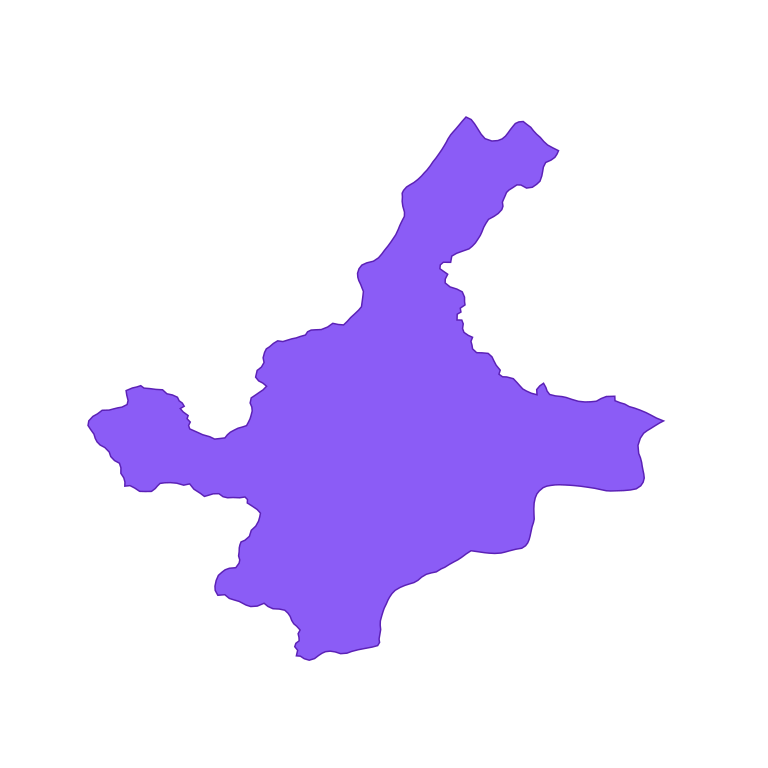 Boa Esperança, Minas Gerais, Brazil (Equal Earth projection), rotated 102°
{"feature_id": "56859067B93619911659147", "entity_name": "Boa Esperança", "entity_type": "district", "adm_level": 2, "iso_a3": "BRA", "parent_name": "Brazil", "parent_adm1": "Minas Gerais", "projection": "equal_earth", "projection_center": [-45.644, -21.057], "detail": "fine", "context": "isolated", "style": "filled", "palette": "violet", "viewbox_px": 768, "rotation_deg": 102, "n_neighbors": 0, "source": "geoboundaries", "source_scale": "gbopen_adm2", "svg_char_len": 5761}
<svg xmlns="http://www.w3.org/2000/svg" viewBox="0 0 768 768"><g transform="rotate(102 384 384)"><path d="M516.0,215.1L512.8,211.9L509.6,210.4L506.1,209.7L502.3,209.5L497.5,209.5L492.9,209.5L488.4,209.0L484.9,209.0L480.3,210.2L474.9,211.5L469.2,212.4L464.0,212.4L459.7,211.6L456.3,209.9L452.3,206.8L450.1,203.6L448.5,199.7L447.1,195.6L446.1,191.6L445.2,186.4L444.4,181.4L443.8,176.8L443.1,170.5L442.6,163.2L442.2,156.3L442.2,150.3L442.2,144.4L441.5,140.0L440.1,134.3L438.4,127.4L436.4,120.9L434.1,115.5L430.2,111.7L426.2,110.1L421.9,109.9L418.0,111.2L414.4,112.8L410.6,114.4L407.1,115.7L402.9,117.8L399.0,120.4L395.5,121.5L391.3,122.8L383.7,122.0L378.2,119.8L374.9,116.9L371.9,113.7L368.2,109.9L364.8,106.3L362.0,102.9L360.7,110.3L359.0,116.2L357.5,121.8L356.3,128.1L355.5,133.9L355.1,139.5L353.6,144.3L353.2,149.3L352.3,154.6L348.0,155.7L350.0,163.9L353.1,168.6L356.7,172.7L358.5,178.4L359.8,183.7L360.5,190.4L360.0,197.0L359.3,203.0L359.3,207.2L360.0,213.9L359.8,219.8L357.0,223.0L353.8,224.9L350.1,228.1L353.4,231.2L357.7,233.5L362.7,232.1L362.4,238.0L361.3,243.1L360.0,247.2L357.3,251.0L355.0,254.1L351.9,258.6L351.6,265.4L352.3,269.6L350.5,273.6L346.3,273.2L342.3,278.2L338.3,281.5L335.0,284.0L332.4,288.5L333.1,294.3L334.1,299.9L331.2,304.7L327.7,306.0L324.2,307.8L319.9,307.1L318.9,311.7L316.9,316.5L313.4,318.7L308.7,319.0L305.3,321.2L306.2,325.9L300.5,326.9L297.6,323.7L294.0,325.2L289.8,321.2L286.8,322.3L282.3,323.3L277.6,326.6L276.0,332.4L275.3,339.6L272.4,345.2L268.6,345.9L263.4,344.5L261.2,349.7L259.6,353.3L255.8,353.7L252.6,351.3L251.1,344.1L244.8,344.3L241.1,340.2L237.9,335.1L234.1,328.9L230.7,326.2L226.9,323.9L222.4,322.1L218.6,320.7L215.1,319.9L209.8,319.0L205.6,317.7L201.2,316.0L197.0,311.1L193.4,307.7L188.9,305.0L185.4,304.6L181.5,306.0L177.8,305.3L174.5,304.6L171.2,304.0L168.3,302.1L165.1,298.8L161.6,295.4L160.9,291.4L162.7,285.3L160.7,279.8L156.9,276.2L153.2,273.6L147.7,272.9L143.0,273.0L138.7,273.2L133.7,271.9L130.3,267.2L126.8,264.0L123.3,262.6L119.5,261.8L117.9,268.0L116.2,273.7L113.6,278.1L110.3,282.4L107.9,286.7L105.2,290.5L102.4,293.8L100.3,298.4L98.3,302.4L99.6,306.6L101.9,309.7L104.9,311.3L108.5,313.1L112.6,314.9L116.3,316.7L119.7,319.4L122.2,323.2L123.9,329.0L123.0,336.2L119.5,340.9L116.2,344.1L113.0,347.2L110.5,349.7L107.2,353.7L105.8,359.3L110.7,362.1L115.7,364.7L119.6,366.8L122.9,368.7L126.4,370.6L131.1,372.4L134.5,373.3L138.4,374.6L142.6,376.1L147.2,378.0L152.3,380.2L156.5,382.3L161.2,384.2L165.9,386.5L169.1,388.5L172.7,390.5L176.9,393.4L180.7,396.6L183.7,399.9L186.6,402.9L190.5,405.1L193.6,405.9L197.1,404.9L201.6,404.2L206.1,402.6L211.6,399.7L215.8,398.9L219.3,399.9L222.8,400.8L225.8,401.5L229.8,402.2L235.5,403.5L240.0,405.3L244.4,407.1L248.4,408.9L253.3,411.4L257.1,413.1L261.7,415.6L266.1,419.9L269.1,426.1L272.3,430.4L276.4,432.4L281.2,432.9L285.0,431.8L288.0,430.2L291.5,427.5L294.9,425.3L297.7,423.4L301.6,423.0L306.4,422.6L313.1,422.1L316.9,424.1L321.6,427.3L325.9,430.4L330.3,432.9L334.6,435.8L335.3,441.2L335.3,446.7L340.0,451.0L343.8,456.7L345.2,462.2L346.4,466.5L348.8,469.6L352.4,471.0L355.0,475.9L357.2,479.5L358.9,483.4L361.2,487.6L363.5,491.7L363.9,497.0L367.3,500.6L371.4,503.7L374.1,506.4L377.9,507.4L383.5,507.7L387.9,505.8L392.9,507.4L397.1,510.9L404.0,511.0L407.0,507.3L408.3,502.7L410.6,498.4L414.9,501.1L418.3,504.4L421.4,507.3L425.2,511.0L430.4,511.0L434.0,508.5L437.8,507.3L442.5,507.5L445.9,507.8L449.6,508.7L453.3,509.8L455.4,513.4L457.6,517.6L460.3,521.0L463.1,524.3L466.2,526.6L469.8,528.4L471.4,533.1L473.1,538.2L471.8,543.4L471.3,550.8L469.8,557.6L468.3,564.7L465.2,566.5L461.5,565.6L458.9,569.4L455.6,569.0L453.1,574.6L450.4,578.2L447.3,574.8L444.6,577.3L443.0,580.9L439.9,583.3L438.7,588.7L438.7,594.3L435.7,599.4L436.7,606.0L437.2,612.3L437.9,617.9L436.2,621.6L438.2,625.0L440.2,629.3L444.1,634.9L448.4,633.3L453.3,630.9L457.5,631.0L461.1,635.5L462.6,639.3L464.6,643.4L466.7,647.5L468.3,654.2L472.8,658.1L476.2,662.0L481.4,665.1L486.1,664.9L489.5,661.5L493.3,657.3L497.3,655.1L500.3,652.6L502.7,649.0L504.2,643.8L507.7,638.6L511.8,636.2L514.9,631.7L516.5,626.3L520.7,623.9L526.1,622.8L529.9,619.0L533.8,617.0L537.8,616.3L536.2,611.3L537.6,606.2L539.8,600.7L538.8,595.2L537.4,589.1L533.8,586.0L530.8,584.4L527.8,582.4L526.2,577.9L524.9,572.5L524.1,566.1L524.6,558.9L522.1,553.3L526.4,548.1L529.2,540.7L531.3,536.3L529.4,532.7L526.9,528.2L525.6,522.7L527.7,518.0L527.8,513.4L526.4,508.0L525.3,501.5L523.4,496.5L525.4,493.5L528.8,493.0L530.6,488.2L533.1,482.0L536.0,478.0L539.8,477.9L544.2,478.2L549.7,479.9L554.7,483.4L561.0,484.0L565.8,487.6L568.2,491.0L571.4,491.5L574.4,491.5L578.3,490.8L582.4,490.5L586.1,488.5L589.4,488.5L594.5,490.8L596.4,497.0L598.8,500.8L601.8,503.4L605.6,506.2L611.0,507.3L616.9,507.3L621.0,506.2L625.2,502.6L623.2,495.9L625.9,490.7L626.4,485.5L626.8,480.4L628.9,473.0L629.4,468.1L627.6,461.8L623.4,455.7L625.7,451.3L626.9,445.9L625.9,439.6L625.9,434.0L628.2,430.2L630.9,427.4L634.5,425.1L637.3,422.4L639.1,419.0L642.1,414.9L646.1,416.1L649.5,414.5L652.8,413.6L656.0,416.3L659.5,416.7L662.4,413.1L668.1,413.2L667.6,409.2L669.3,404.9L669.7,399.7L667.0,394.8L663.0,391.4L660.2,388.6L658.0,385.6L656.5,381.1L656.2,376.0L656.8,370.4L655.0,364.3L652.3,360.0L649.3,354.0L646.8,348.1L643.8,340.9L641.2,335.8L637.7,334.6L634.5,335.8L629.6,336.0L624.9,336.2L620.6,337.6L616.5,338.3L610.9,338.0L606.5,337.6L603.3,337.2L598.5,336.0L594.5,335.2L591.2,334.2L587.3,332.6L583.5,330.2L579.6,325.9L576.6,321.6L574.3,317.6L572.0,313.4L569.0,310.0L565.1,307.1L561.3,303.0L558.9,298.4L556.9,293.8L552.9,289.6L550.6,286.4L546.9,282.6L543.4,278.6L540.6,275.2L536.9,271.6L533.1,268.3L529.0,264.2L528.5,257.0L528.1,250.7L527.6,246.1L526.7,240.4L525.0,234.4L523.2,230.6L521.2,226.8L518.2,220.7L516.0,215.1Z" fill="#8b5cf6" stroke="#5b21b6" stroke-width="1.5"/></g></svg>